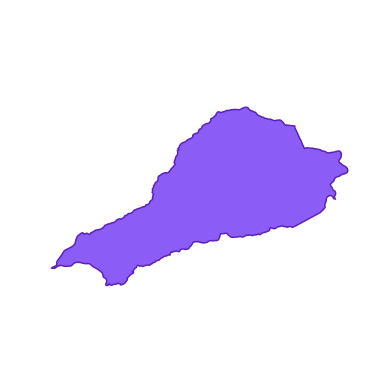 outline of Colíder, Mato Grosso, Brazil, rotated 254°
{"feature_id": "56859067B13251605722574", "entity_name": "Colíder", "entity_type": "district", "adm_level": 2, "iso_a3": "BRA", "parent_name": "Brazil", "parent_adm1": "Mato Grosso", "projection": "equal_earth", "projection_center": [-55.489, -10.565], "detail": "fine", "context": "isolated", "style": "filled", "palette": "violet", "viewbox_px": 384, "rotation_deg": 254, "n_neighbors": 0, "source": "geoboundaries", "source_scale": "gbopen_adm2", "svg_char_len": 6077}
<svg xmlns="http://www.w3.org/2000/svg" viewBox="0 0 384 384"><g transform="rotate(254 192 192)"><path d="M125.8,83.7L125.6,84.6L125.5,85.7L126.2,86.0L126.5,87.5L125.6,87.4L124.8,88.3L124.5,89.4L124.7,90.4L124.7,91.5L124.5,93.1L124.3,94.4L124.8,95.8L123.8,96.9L123.4,98.0L122.5,97.8L122.2,99.2L122.4,100.7L123.0,102.4L124.4,104.4L125.4,105.6L126.4,105.9L127.3,106.4L128.0,107.5L128.5,108.7L129.2,109.4L129.7,110.8L129.9,112.6L130.4,113.3L131.2,113.7L131.8,112.7L132.6,114.0L133.3,114.7L133.8,115.4L134.4,116.4L134.8,117.7L135.7,118.3L136.4,119.4L136.1,120.4L135.2,121.1L135.1,122.9L134.2,123.7L134.0,125.0L134.3,126.4L134.1,127.7L134.3,129.0L133.7,129.9L133.3,131.2L133.9,132.3L134.0,133.5L134.4,134.4L134.8,135.4L134.7,136.6L134.9,137.6L135.7,138.3L135.6,140.3L135.7,141.9L136.6,143.2L137.0,144.9L137.3,146.2L137.8,147.3L137.7,148.8L137.5,150.0L138.0,151.1L137.7,152.4L137.6,153.6L138.9,154.3L140.0,155.2L139.5,156.3L139.9,157.4L139.5,160.8L138.8,161.8L138.3,163.1L138.7,164.1L139.7,165.1L140.1,166.5L139.6,168.0L138.7,169.6L138.4,170.8L138.4,172.5L138.9,173.9L139.8,174.6L140.4,176.0L141.3,177.2L143.3,179.2L143.4,181.2L142.6,183.9L142.1,185.0L140.9,186.8L139.9,188.7L139.4,192.4L140.0,194.1L140.2,195.7L140.1,196.8L139.3,198.3L139.2,199.8L138.9,201.0L138.5,202.0L138.6,203.6L139.2,204.7L140.0,205.1L141.0,206.2L141.9,206.5L142.9,207.3L143.9,208.0L143.5,209.9L143.1,212.6L142.4,214.4L141.3,214.6L139.3,216.0L138.1,216.8L137.4,218.1L137.0,219.4L136.8,220.8L136.2,223.7L136.1,225.2L135.6,226.6L134.7,228.3L134.8,229.6L135.6,232.6L134.9,234.2L134.7,236.1L133.9,237.1L133.4,238.6L133.6,239.7L133.3,240.9L133.1,242.1L133.3,244.3L132.5,244.9L132.4,245.9L132.7,247.2L133.3,248.2L133.3,250.0L133.1,251.3L133.2,252.8L133.4,253.9L133.4,255.0L133.9,255.8L134.4,256.4L135.4,256.5L135.9,257.3L135.4,258.6L134.6,259.7L133.9,261.6L134.1,262.8L134.6,263.6L135.0,265.0L134.6,266.6L134.7,267.8L134.9,268.8L134.2,269.8L133.2,271.4L132.8,272.6L132.0,273.5L132.0,275.0L132.0,276.4L131.0,278.1L130.3,278.8L131.1,283.4L136.8,309.2L137.4,310.6L138.2,311.9L139.2,314.0L140.6,315.7L143.4,316.2L145.0,317.6L146.9,318.7L148.0,319.1L149.0,319.6L149.9,320.5L150.3,321.6L150.7,322.8L150.4,324.2L149.3,325.6L148.4,326.0L146.4,326.6L145.8,327.7L147.8,327.6L148.8,327.8L149.3,328.6L150.2,329.4L151.4,329.8L152.8,329.8L153.6,329.5L154.3,328.7L155.5,328.0L156.6,328.0L157.8,327.8L158.9,327.3L160.8,326.9L161.5,327.4L162.5,329.3L163.2,330.9L164.1,331.7L165.2,332.6L166.0,333.4L166.5,334.4L166.6,335.7L166.5,337.5L166.8,338.5L167.3,340.0L167.5,341.1L167.4,342.6L167.5,344.2L167.7,345.5L168.1,346.6L168.9,347.3L170.1,347.7L171.6,347.8L172.9,347.3L173.7,346.9L174.6,346.1L175.7,344.9L176.7,343.9L177.9,343.3L179.6,341.9L180.9,341.6L181.7,341.8L182.5,342.8L183.1,343.6L183.9,344.5L185.0,345.2L187.4,346.0L188.3,346.2L189.3,345.8L190.3,345.3L190.9,344.8L191.1,343.0L191.2,341.9L191.2,340.5L191.2,339.5L191.9,334.3L192.1,333.2L192.7,332.5L193.7,331.7L194.4,330.8L194.9,329.8L195.6,328.6L196.2,327.8L197.2,327.0L198.4,324.9L199.3,322.8L200.7,320.2L201.3,318.6L202.1,316.2L202.9,314.4L202.9,312.0L204.9,311.8L206.0,311.5L212.4,310.8L213.8,310.3L215.5,310.1L218.5,309.7L222.4,309.1L223.7,308.9L225.0,308.5L227.1,309.0L230.8,300.0L232.1,299.3L233.4,298.9L236.4,297.2L237.0,296.3L237.3,295.1L237.8,291.2L238.3,290.0L240.1,287.9L240.7,286.6L240.9,285.3L241.9,284.4L242.6,282.6L244.2,281.1L244.8,279.7L246.1,278.5L247.0,277.3L247.8,276.6L249.0,275.8L251.1,275.0L251.8,273.7L253.1,272.5L254.2,270.9L255.0,270.0L255.7,269.7L257.2,269.2L258.2,268.3L258.5,267.4L258.8,265.9L258.6,263.3L258.1,261.6L258.0,260.2L258.3,259.3L258.9,257.9L259.5,256.0L259.9,254.4L260.2,252.7L260.3,250.2L260.8,247.7L260.4,245.4L260.5,243.8L260.3,241.7L260.9,241.1L261.5,240.2L261.8,238.6L260.7,237.1L259.2,236.0L258.5,234.4L257.7,233.2L257.4,231.3L256.9,230.0L255.7,229.9L254.9,229.5L254.3,228.3L253.4,226.9L253.8,224.8L253.1,221.6L252.3,219.9L250.2,218.2L250.3,216.5L249.3,215.4L248.5,215.1L247.6,214.3L247.2,212.7L247.2,210.5L246.8,209.1L246.2,208.3L245.0,208.2L244.3,207.1L243.8,206.1L243.8,204.5L243.4,202.2L242.7,200.8L242.3,199.7L242.0,198.7L242.0,197.3L241.7,195.4L241.2,194.5L240.0,192.9L238.6,192.0L237.6,190.5L236.4,191.1L236.1,189.5L234.3,189.2L233.3,189.0L232.1,188.4L231.3,187.6L230.5,186.4L229.6,185.8L228.3,185.0L227.3,184.2L225.7,183.2L225.0,182.9L224.1,183.3L223.3,183.4L222.4,182.3L221.9,181.3L221.0,180.4L220.2,178.5L218.9,177.4L218.4,176.2L217.3,175.0L217.1,173.6L217.8,172.1L217.9,171.0L217.8,168.9L217.6,167.8L217.1,166.7L216.8,165.7L216.5,164.5L215.5,163.4L213.1,162.8L212.5,162.1L211.6,161.3L211.2,159.4L210.5,158.9L209.1,157.6L208.4,156.7L207.5,156.6L206.5,155.7L205.7,154.7L204.4,154.6L202.6,153.6L200.2,154.4L199.6,153.5L198.8,153.3L197.3,152.3L196.3,152.4L195.6,151.5L194.9,149.8L194.1,148.7L192.9,148.0L192.1,145.8L192.2,144.0L191.3,143.4L191.0,142.2L191.2,141.2L191.3,140.2L191.0,139.1L190.9,138.2L190.8,134.4L190.5,133.0L190.5,131.7L189.9,130.4L188.8,129.1L188.4,127.6L188.5,126.4L188.8,125.3L188.5,124.2L187.9,123.4L187.7,122.1L187.6,120.7L186.6,119.9L185.9,118.2L185.5,116.4L186.3,115.2L186.1,113.6L185.9,111.9L185.0,110.6L184.3,109.3L184.3,108.1L184.5,106.9L184.4,105.6L184.1,104.0L184.4,102.3L184.0,100.8L184.0,99.1L183.1,98.1L181.6,95.2L181.5,93.0L181.7,90.2L182.0,89.1L181.5,88.2L181.4,86.9L180.9,85.7L180.5,83.3L179.7,82.6L179.7,81.4L180.2,80.7L181.1,80.0L181.4,79.0L181.0,77.8L181.5,76.8L183.0,75.6L182.9,74.1L181.6,70.7L180.9,69.6L180.2,68.9L179.2,68.1L178.5,67.6L176.9,66.7L174.6,65.2L172.7,62.3L170.9,53.4L170.1,52.2L168.5,50.7L162.5,43.1L158.7,41.5L158.1,38.5L158.2,37.0L157.5,36.2L157.1,37.3L156.7,38.4L156.7,39.6L157.3,41.2L157.7,42.8L157.8,44.5L157.6,45.6L157.1,46.8L156.3,47.8L155.8,49.0L155.3,50.2L155.1,51.7L154.4,54.4L154.4,55.7L155.0,57.1L155.8,58.4L156.3,59.8L156.1,61.8L155.6,63.8L154.6,66.0L153.5,67.6L152.5,69.8L152.0,71.7L151.6,73.0L150.9,74.2L148.7,75.5L147.3,76.5L146.0,77.8L144.5,79.3L142.6,81.0L139.5,83.1L137.5,83.6L136.2,83.5L135.2,83.3L134.5,83.5L133.6,84.2L132.9,85.0L131.6,85.6L130.3,85.6L128.4,84.7L127.3,83.7L125.8,83.7Z" fill="#8b5cf6" stroke="#5b21b6" stroke-width="1.5"/></g></svg>